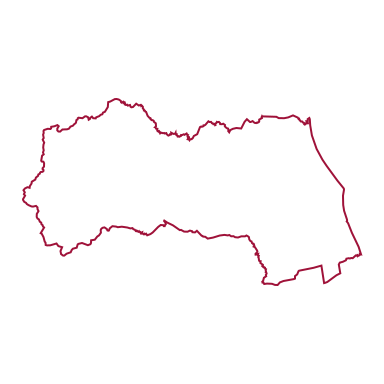 the district of Tha Chana, Surat Thani, Thailand
{"feature_id": "78962969B77729617047894", "entity_name": "Tha Chana", "entity_type": "district", "adm_level": 2, "iso_a3": "THA", "parent_name": "Thailand", "parent_adm1": "Surat Thani", "projection": "mercator", "projection_center": [98.995, 9.596], "detail": "fine", "context": "isolated", "style": "outline", "palette": "rose", "viewbox_px": 384, "rotation_deg": 0, "n_neighbors": 0, "source": "geoboundaries", "source_scale": "gbopen_adm2", "svg_char_len": 5996}
<svg xmlns="http://www.w3.org/2000/svg" viewBox="0 0 384 384"><path d="M361.0,254.3L358.6,246.8L351.9,232.8L348.1,223.2L346.7,221.4L347.1,220.8L347.0,219.6L344.1,210.8L343.2,205.0L343.0,195.7L344.0,189.7L343.8,188.5L337.4,180.6L326.5,165.7L322.4,159.6L316.6,148.9L311.9,135.4L310.2,125.3L309.8,119.2L309.3,118.0L307.7,119.1L307.7,121.2L306.4,121.2L306.7,122.2L307.7,122.1L307.9,123.3L305.6,123.4L305.4,124.3L304.7,124.6L304.2,124.2L304.4,123.5L303.9,122.8L303.0,122.6L302.3,121.5L300.9,121.5L300.2,120.5L299.7,120.4L299.1,118.7L298.5,118.9L297.8,117.6L293.0,115.4L288.2,117.4L284.2,118.2L278.7,118.1L276.4,116.8L263.0,116.4L262.3,116.8L262.0,116.3L261.6,117.2L261.9,118.1L259.2,119.6L259.2,121.5L258.8,122.1L257.9,122.2L257.8,121.7L257.5,122.8L256.7,122.7L256.2,123.1L254.5,122.8L252.6,121.1L250.7,122.0L250.0,122.0L246.9,119.2L244.6,121.8L241.2,128.5L236.4,128.0L232.9,128.8L230.3,130.1L229.2,132.3L228.2,131.0L228.6,130.3L228.1,128.6L227.4,128.5L225.7,127.3L224.8,126.2L225.0,125.0L223.2,123.7L222.0,124.2L220.2,124.1L220.0,123.0L218.9,121.9L217.4,122.2L216.9,121.9L216.2,123.1L215.0,123.7L215.5,125.0L215.1,125.2L214.8,124.3L213.3,124.2L212.8,123.3L211.9,123.2L211.1,121.9L209.5,122.0L208.4,121.3L205.4,124.8L204.1,125.6L203.5,125.4L203.2,126.3L201.8,126.8L201.2,126.5L200.0,127.1L197.2,134.2L193.8,136.0L192.8,138.1L191.7,139.1L191.4,138.9L190.0,139.5L189.5,140.3L188.9,139.4L187.7,139.2L188.1,138.3L188.8,138.4L189.1,137.5L188.9,137.0L187.7,136.9L187.4,135.9L188.0,135.0L187.0,134.3L186.6,133.5L184.5,134.8L183.8,134.3L181.9,135.1L181.1,135.0L180.9,136.0L180.0,136.4L178.8,136.2L178.8,136.6L178.0,136.4L177.9,137.3L177.4,135.8L176.3,134.9L176.7,134.2L175.7,133.8L175.6,132.8L175.1,133.8L173.4,133.9L171.2,132.7L171.3,134.2L170.9,134.6L169.9,134.3L169.5,135.1L168.3,135.6L166.7,134.2L166.3,133.1L164.7,133.5L164.2,133.0L163.0,133.2L161.5,132.7L160.2,133.4L159.9,132.2L159.4,132.4L159.0,132.0L158.9,131.0L157.6,131.2L157.2,130.3L157.4,128.8L156.0,128.6L155.5,127.3L155.1,127.2L156.0,126.3L155.8,123.3L153.9,121.8L153.7,120.8L152.6,120.1L151.6,120.1L150.7,119.3L150.7,118.7L150.3,118.7L150.1,118.0L149.4,117.8L147.6,115.8L146.1,111.9L145.2,111.5L144.9,110.7L143.9,110.5L143.9,109.5L142.8,108.4L142.9,106.9L142.2,106.0L141.5,106.1L141.7,105.5L140.9,104.8L138.8,105.5L136.2,103.7L133.0,107.0L131.4,107.3L130.6,106.8L130.0,105.0L127.8,105.6L127.2,104.7L126.0,105.0L124.9,104.5L125.1,103.5L124.6,102.3L123.5,103.0L123.1,101.8L121.6,102.7L121.1,102.3L120.8,100.9L118.7,99.5L116.6,99.0L114.8,99.1L110.1,101.6L108.2,102.1L107.8,107.1L104.9,111.8L103.0,112.6L102.3,114.3L100.6,114.8L99.3,116.1L96.2,117.3L95.7,118.4L93.2,118.2L91.9,116.6L90.3,117.8L89.9,119.0L88.7,119.7L88.1,117.3L86.2,116.3L85.1,116.3L82.5,118.2L78.5,117.7L77.8,118.2L77.6,119.4L76.4,120.1L76.0,122.5L75.4,123.4L74.4,124.0L72.9,125.7L70.5,126.6L68.9,128.7L67.1,129.3L62.4,129.5L60.1,131.6L58.4,131.5L57.3,130.4L57.3,128.6L58.7,126.2L57.4,125.1L54.3,126.3L51.2,126.8L51.1,128.4L50.4,129.0L47.7,128.8L44.1,130.0L43.5,131.0L43.7,133.0L43.1,134.7L43.7,138.0L42.7,139.6L44.2,142.7L43.5,144.5L43.2,147.6L43.7,150.4L43.0,152.4L43.7,154.4L42.1,155.6L41.2,160.7L41.7,161.5L43.4,161.7L44.1,163.2L44.0,166.6L42.6,168.2L42.6,169.1L43.4,169.8L43.5,170.9L42.6,171.8L40.8,172.0L40.1,172.6L39.8,173.7L38.3,174.5L38.1,175.8L35.9,177.6L35.3,179.6L31.8,181.7L31.5,183.6L29.9,186.0L29.6,187.8L27.7,187.2L27.0,187.4L24.9,188.5L23.5,190.2L24.8,192.3L23.9,194.2L25.1,195.6L23.0,199.2L23.2,200.2L24.3,201.9L26.0,202.8L26.8,204.0L28.5,205.1L31.4,206.4L33.0,206.6L36.0,205.9L37.5,207.4L37.5,209.1L38.5,211.1L36.8,213.9L36.7,216.9L37.5,218.5L38.9,219.4L39.8,221.7L41.2,222.6L41.5,224.3L42.6,225.1L43.0,226.5L44.1,227.5L40.7,233.2L41.7,233.7L43.5,237.1L44.7,241.6L45.5,242.6L45.7,245.0L47.0,245.4L50.3,245.3L56.5,243.5L58.4,246.1L62.1,247.2L60.5,251.1L61.1,254.1L63.1,255.6L64.3,255.6L66.6,253.7L70.7,252.3L71.7,250.0L72.9,248.7L76.7,247.7L77.7,244.4L78.4,243.9L82.0,243.0L87.9,245.2L90.4,244.2L91.0,243.0L91.1,240.3L94.8,239.7L97.3,236.5L99.0,235.4L100.9,232.7L100.7,230.1L101.3,228.8L102.6,227.8L104.4,227.4L105.1,227.8L106.9,229.1L107.4,230.4L108.2,230.7L108.9,230.5L109.8,228.3L112.4,226.2L116.1,226.6L117.8,227.2L121.8,226.7L127.3,227.5L130.3,228.4L132.5,228.1L133.3,229.2L134.8,229.7L135.7,230.9L136.2,230.6L136.5,231.1L137.1,230.8L138.1,231.6L138.7,231.3L138.7,231.9L140.1,231.9L140.6,232.9L142.0,232.3L141.6,233.6L142.8,233.5L143.6,234.3L144.2,234.3L144.5,233.7L145.3,234.2L146.1,233.7L147.2,235.3L150.4,234.1L152.7,232.5L158.2,226.9L160.7,225.0L163.4,225.2L163.8,226.1L164.7,226.1L164.9,225.3L165.8,224.2L165.3,222.5L164.1,221.0L164.3,220.6L167.1,222.5L172.9,225.3L179.8,230.1L181.0,229.9L184.1,231.6L187.6,231.7L189.9,230.6L192.1,231.2L192.4,232.2L195.0,232.4L196.9,230.8L201.7,235.8L202.5,235.9L203.1,236.6L205.3,236.8L207.7,238.6L213.0,237.6L219.8,235.5L224.5,234.9L227.8,235.4L229.3,235.0L231.2,236.3L233.5,236.2L235.1,237.2L238.0,237.5L241.4,236.3L245.1,236.3L246.4,235.5L247.9,236.3L248.9,237.1L249.3,239.5L250.5,241.1L251.5,241.4L252.1,243.2L253.5,243.7L253.4,244.4L254.0,244.6L254.3,245.7L253.7,246.6L254.9,247.1L257.2,250.7L257.4,251.8L255.5,253.9L255.6,254.6L258.0,254.0L257.6,255.0L258.8,255.8L258.2,257.0L258.6,257.6L259.1,260.7L259.7,261.2L260.6,261.2L260.4,263.0L262.9,264.8L262.9,265.7L262.3,266.1L263.3,267.1L263.9,267.0L264.3,267.8L265.0,267.8L265.1,268.6L266.0,269.2L265.6,270.0L266.0,271.3L265.7,272.1L266.3,272.5L266.6,273.6L265.8,275.0L266.2,276.2L263.9,277.8L263.2,280.6L262.3,281.8L262.9,282.2L262.8,282.6L263.5,282.6L264.2,284.0L266.9,283.6L272.0,283.8L274.9,284.9L277.6,285.0L279.9,282.4L283.5,281.0L293.8,279.1L295.0,278.6L295.0,276.1L297.2,274.4L298.5,271.2L299.1,270.7L313.6,267.8L321.4,265.6L324.1,283.1L325.2,282.8L327.3,282.0L336.5,275.2L340.3,273.3L338.8,264.5L339.8,262.6L342.8,261.8L345.9,260.3L346.4,258.7L348.8,258.2L349.9,258.5L351.2,258.0L352.7,258.2L355.9,255.3L356.7,255.3L357.5,256.3L357.9,256.0L357.9,255.2L358.8,255.6L360.0,254.8L359.9,254.0L361.0,254.3Z" fill="none" stroke="#9f1239" stroke-width="2"/></svg>